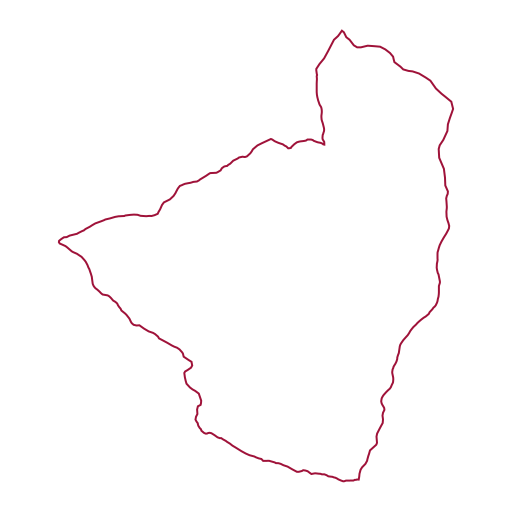 Doga, Paro, Bhutan (orthographic projection)
{"feature_id": "84629894B26183421967737", "entity_name": "Doga", "entity_type": "district", "adm_level": 2, "iso_a3": "BTN", "parent_name": "Bhutan", "parent_adm1": "Paro", "projection": "orthographic", "projection_center": [89.493, 27.296], "detail": "fine", "context": "isolated", "style": "outline", "palette": "rose", "viewbox_px": 512, "rotation_deg": 0, "n_neighbors": 0, "source": "geoboundaries", "source_scale": "gbopen_adm2", "svg_char_len": 6034}
<svg xmlns="http://www.w3.org/2000/svg" viewBox="0 0 512 512"><path d="M447.7,193.9L447.9,191.4L445.3,185.5L445.0,177.7L443.9,168.8L439.2,157.8L439.0,154.4L438.7,149.0L439.7,145.3L443.3,139.9L447.4,131.0L447.9,124.3L449.9,118.0L451.7,113.0L453.1,108.9L451.3,101.7L445.5,96.9L441.6,93.8L435.9,88.5L430.4,80.7L425.8,77.6L419.0,73.5L412.6,71.4L408.4,70.9L403.2,69.4L400.6,66.8L394.4,62.1L393.6,59.0L393.1,56.7L390.0,53.0L385.3,49.4L380.1,46.7L374.5,46.2L367.7,45.7L361.0,47.3L357.1,47.3L353.8,45.3L349.6,39.8L346.3,37.2L343.9,32.3L341.9,30.7L339.5,34.1L338.0,36.1L334.0,39.7L328.1,51.1L324.1,58.4L319.5,64.0L316.3,68.9L316.3,70.4L316.8,74.0L317.1,75.0L316.7,76.1L316.8,77.3L316.9,78.6L316.9,79.8L316.8,81.0L316.7,83.5L316.7,84.7L316.7,85.9L316.7,89.6L316.7,90.9L316.7,92.1L316.8,93.3L316.9,94.6L317.1,95.8L317.3,97.0L317.6,98.2L317.9,99.4L318.2,100.6L318.6,101.7L319.0,102.9L319.4,104.1L319.9,105.2L320.6,106.2L321.2,107.3L321.5,108.5L321.7,109.7L321.8,110.9L321.8,112.2L321.7,113.4L321.4,115.8L321.4,117.1L321.5,118.3L321.6,119.5L321.9,120.7L322.3,121.9L322.7,123.1L323.0,124.2L323.3,125.4L323.9,127.8L324.1,129.0L324.1,130.3L323.9,131.5L323.5,132.6L323.2,133.8L322.7,135.0L322.6,136.2L322.5,137.3L322.5,138.3L322.7,139.4L323.5,140.7L324.2,141.9L324.3,143.4L324.3,144.6L323.3,144.4L322.5,143.7L321.5,143.2L320.4,142.8L318.2,142.4L317.1,142.1L313.7,140.8L312.7,140.0L310.9,139.5L309.5,139.5L307.5,139.5L305.9,140.6L303.8,141.0L300.3,141.4L298.9,141.7L296.9,142.3L294.3,144.2L291.4,147.0L290.9,147.9L289.6,148.2L288.2,148.3L286.4,146.5L284.6,145.6L282.8,144.3L280.3,143.5L278.3,142.8L276.0,141.8L274.7,141.2L272.2,139.5L270.9,139.0L267.9,140.4L261.9,143.2L257.5,145.4L255.7,146.9L252.9,149.3L251.7,151.4L250.3,153.3L247.8,155.6L246.9,156.4L245.5,156.9L244.5,157.0L242.5,156.7L239.0,157.5L237.7,158.5L233.2,160.7L230.2,163.7L228.2,164.9L227.2,165.9L224.9,166.3L223.9,166.7L221.8,168.3L220.6,170.4L217.4,172.3L216.2,172.8L211.9,173.0L210.2,173.1L209.0,173.8L206.1,175.8L200.0,179.5L199.1,180.3L197.0,181.5L193.3,181.9L191.8,182.4L190.4,182.8L188.1,183.2L185.0,183.8L183.0,184.6L181.8,185.2L179.9,185.9L178.7,187.4L177.8,188.6L176.2,191.6L175.4,193.2L173.6,195.9L169.9,199.4L163.9,202.4L162.0,205.0L160.6,208.2L160.0,209.5L158.6,211.8L157.7,213.8L154.5,215.2L151.5,216.0L149.4,215.9L146.2,216.2L140.5,215.8L137.6,214.8L133.9,214.6L130.0,214.9L125.3,215.5L124.3,216.0L120.4,216.2L118.5,216.3L115.1,216.9L110.0,218.4L105.3,219.5L104.2,220.1L101.4,221.2L97.8,222.5L95.3,223.4L92.2,225.2L89.9,226.7L85.5,229.0L83.7,230.5L82.5,230.9L78.5,232.9L77.0,233.8L74.9,234.3L69.6,235.6L66.7,237.1L63.9,237.3L61.2,239.1L59.1,240.8L58.9,242.2L59.7,243.5L62.0,244.5L65.5,246.1L67.2,247.4L71.7,251.3L73.1,252.1L77.0,253.8L79.2,255.3L81.5,256.8L83.3,258.8L84.7,260.4L85.8,261.9L87.5,265.1L88.4,267.5L89.3,269.1L90.1,271.5L90.9,273.8L91.8,276.8L92.0,278.5L92.7,283.7L93.1,284.8L93.9,286.4L95.4,288.2L97.4,289.7L99.5,291.6L101.0,293.2L102.6,294.5L107.7,295.4L109.2,296.3L110.8,297.8L113.2,300.6L115.1,301.7L116.7,303.0L117.4,303.9L117.9,305.1L119.0,306.8L120.6,308.7L121.4,310.5L125.1,313.5L126.5,314.9L129.4,318.6L131.0,322.0L131.7,323.1L133.6,324.8L136.5,325.5L139.4,325.3L144.0,328.6L148.7,331.4L153.1,332.9L155.1,334.1L158.0,336.6L159.0,338.4L161.7,339.8L167.3,342.8L171.9,345.5L174.3,346.7L177.0,347.7L179.5,349.4L182.1,352.3L182.9,353.5L183.7,356.7L188.9,360.2L191.5,361.8L192.2,365.5L191.0,367.7L187.5,370.1L185.1,371.5L184.3,373.0L184.9,377.4L185.7,380.9L186.5,383.7L190.0,387.5L192.5,389.4L195.2,390.9L198.8,393.6L201.2,400.7L201.0,403.1L200.6,404.9L197.9,406.3L197.1,409.5L197.4,414.0L196.0,416.8L195.5,419.6L196.2,421.0L196.9,422.1L197.8,423.3L197.9,424.4L198.4,425.9L199.8,428.1L201.0,429.3L201.4,430.7L204.0,432.9L205.6,433.6L206.9,433.6L208.2,433.0L209.6,432.8L211.4,433.2L214.6,435.2L217.5,437.3L219.7,438.1L221.2,438.1L222.9,439.3L225.8,440.9L227.1,441.9L229.9,443.6L232.4,445.6L235.4,447.4L241.5,451.2L245.7,453.5L249.5,455.2L254.4,456.5L255.9,457.3L258.8,458.4L261.4,459.0L263.2,460.9L269.1,460.8L274.7,462.4L275.9,463.1L278.5,463.2L280.8,463.9L283.4,465.2L287.6,466.6L289.3,467.6L292.4,469.4L296.9,471.8L298.8,471.8L301.9,471.0L303.2,470.2L305.3,470.5L307.6,471.2L309.7,472.8L311.4,474.0L314.4,473.4L315.4,473.3L318.8,473.7L320.5,473.8L321.8,474.3L324.3,474.3L326.6,475.2L328.3,476.3L330.5,476.6L332.4,476.8L333.9,477.4L335.3,477.7L336.8,478.4L338.4,479.4L341.2,480.6L343.2,481.3L344.4,481.2L346.0,480.6L348.2,480.6L353.5,480.5L354.7,479.9L355.8,479.9L357.0,479.5L358.7,479.6L359.2,476.8L359.5,473.7L359.9,472.3L360.6,469.7L362.1,467.3L365.4,463.9L367.1,460.8L367.4,459.3L368.3,456.0L369.0,454.0L370.0,450.4L376.3,444.7L377.0,442.8L376.5,436.6L377.1,433.6L379.4,429.1L381.1,425.9L382.7,423.0L383.0,419.4L382.5,415.6L383.0,412.8L384.4,409.9L384.2,408.0L383.5,406.7L382.4,404.9L381.7,403.5L381.4,402.3L381.2,401.2L381.7,398.3L382.3,397.1L382.8,396.2L383.7,394.9L386.2,392.1L388.1,390.2L389.9,388.6L390.9,387.1L391.5,385.6L392.0,384.5L392.9,382.7L393.1,381.7L393.3,379.2L393.2,377.6L392.7,375.2L392.3,373.3L392.2,372.1L392.6,369.4L393.2,368.1L393.6,366.6L394.5,365.1L395.1,364.2L395.8,362.9L396.5,361.4L397.2,359.1L397.3,357.4L398.0,355.1L398.8,353.1L399.0,351.8L399.8,346.3L400.3,344.7L401.1,343.3L403.3,340.1L405.7,337.4L407.7,335.2L409.1,333.1L410.2,331.1L411.3,329.6L413.3,327.1L416.1,324.5L417.2,323.2L418.9,321.6L421.1,319.7L423.7,317.7L425.7,316.5L428.8,313.9L429.6,312.2L431.0,310.7L432.3,309.3L433.5,307.6L434.8,306.5L435.8,305.2L436.4,303.9L437.0,302.7L437.5,301.1L437.9,298.8L438.5,296.7L438.8,294.2L438.9,292.3L438.9,287.5L438.9,286.0L439.9,282.8L439.9,281.4L439.6,279.9L439.4,278.9L438.5,274.3L437.9,273.3L437.6,272.3L437.0,269.7L436.7,267.7L436.9,263.7L437.4,261.3L437.6,259.8L437.5,258.5L437.5,253.8L437.6,252.2L438.1,250.6L438.8,248.0L439.7,245.2L441.5,241.5L443.8,237.5L446.2,233.7L447.8,230.7L448.9,228.5L449.1,226.9L449.2,225.9L448.9,224.8L448.5,223.2L447.8,221.2L447.3,219.7L446.6,216.7L446.4,211.7L446.8,208.0L446.8,206.5L446.5,202.0L446.2,198.4L446.8,195.9L447.7,193.9Z" fill="none" stroke="#9f1239" stroke-width="2"/></svg>